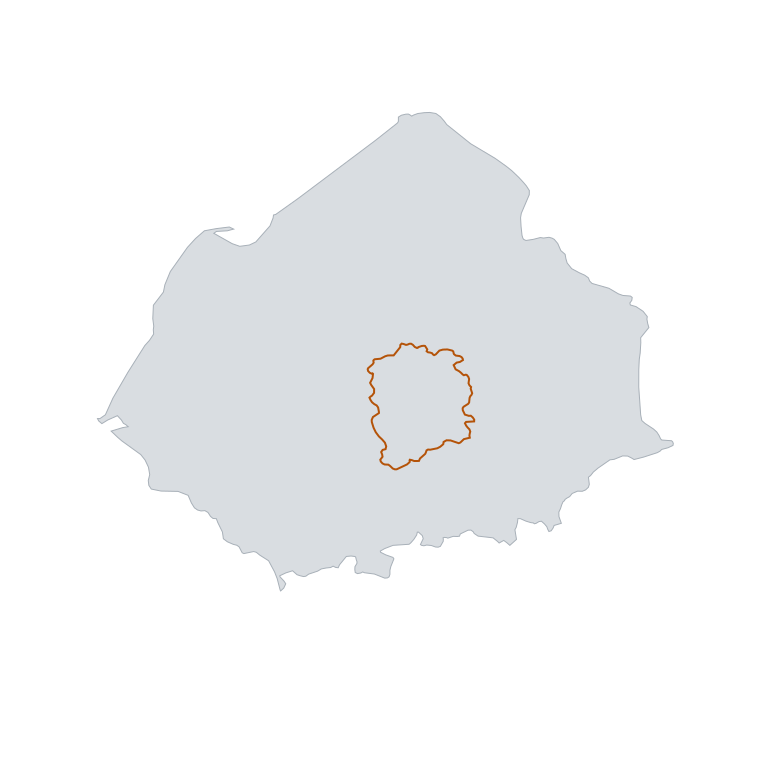 Łódź highlighted on a map of Poland, rotated 320°
{"feature_id": "POL-3147", "entity_name": "Łódź", "entity_type": "Voivodeship", "adm_level": 1, "iso_a3": "POL", "parent_name": "Poland", "parent_adm1": "", "projection": "mercator", "projection_center": [19.498, 51.569], "detail": "fine", "context": "in_parent", "style": "outline", "palette": "amber", "viewbox_px": 768, "rotation_deg": 320, "n_neighbors": 0, "source": "natural_earth", "source_scale": "10m", "svg_char_len": 5712}
<svg xmlns="http://www.w3.org/2000/svg" viewBox="0 0 768 768"><g transform="rotate(320 384 384)"><path d="M605.1,424.3L607.7,429.7L608.8,434.0L607.7,437.4L608.0,440.7L617.8,455.2L621.5,465.6L623.9,469.7L629.3,475.0L629.8,477.2L627.6,479.2L624.4,480.0L623.5,481.8L626.8,486.7L629.2,494.9L629.0,501.6L627.1,503.3L624.8,507.3L623.2,511.0L610.4,513.5L607.3,517.4L600.2,524.9L595.4,529.2L588.3,536.9L577.1,550.2L560.8,572.6L558.0,577.7L558.6,581.9L561.5,591.7L562.1,596.1L561.6,600.2L560.6,603.9L560.8,605.5L567.8,612.3L568.0,613.7L567.4,615.5L565.9,616.8L560.6,615.4L554.6,612.6L552.6,612.9L549.3,612.3L536.0,606.9L527.0,602.6L526.1,599.9L524.4,595.9L520.6,592.5L511.8,589.6L508.3,587.3L494.0,586.0L487.8,586.0L483.5,586.9L480.7,586.8L476.8,592.8L474.2,594.5L470.3,594.7L466.9,593.6L463.4,590.5L457.8,588.8L453.8,589.6L450.9,589.0L448.3,588.8L447.4,589.4L445.4,589.3L442.4,590.8L439.1,592.9L435.6,594.5L432.8,598.0L430.3,604.7L423.4,601.7L421.0,603.0L417.7,603.9L415.5,603.0L416.0,600.7L417.0,598.0L417.0,594.4L416.4,590.3L414.2,589.0L410.9,588.5L409.3,587.7L409.1,586.4L407.4,584.6L404.6,580.3L401.9,574.8L400.0,573.2L397.3,575.8L393.1,578.8L390.6,579.8L385.6,588.2L376.7,588.5L376.1,584.6L375.2,580.8L370.0,579.8L369.8,577.6L368.7,572.0L358.3,561.0L357.0,556.4L357.4,554.7L356.7,551.8L354.4,550.0L346.1,547.9L344.0,549.1L342.1,547.9L339.1,545.2L333.8,543.1L333.3,542.0L331.4,540.1L330.4,539.8L329.7,541.0L328.2,542.6L322.8,544.6L320.6,543.8L318.7,542.0L316.5,538.2L313.2,534.8L310.6,533.6L309.1,531.8L308.7,530.4L314.6,527.7L315.9,524.8L315.2,519.6L314.3,518.9L311.9,520.7L307.0,522.2L302.5,522.9L300.2,522.9L287.2,513.4L278.7,510.5L273.8,509.6L273.2,510.6L275.5,516.0L279.4,522.6L279.2,524.3L271.9,528.2L268.8,530.5L266.2,533.6L263.9,535.0L261.9,534.7L259.8,533.2L254.5,523.4L247.7,516.0L246.9,514.3L244.8,513.9L241.8,512.2L240.8,509.9L242.3,507.5L244.3,505.3L248.0,504.0L249.1,502.7L249.8,500.8L251.1,498.3L250.8,497.4L248.2,494.6L244.3,491.9L233.7,493.9L230.8,495.3L229.1,493.5L227.9,490.8L225.2,490.3L221.5,487.8L217.2,485.4L212.9,484.7L204.0,481.2L200.6,481.0L198.6,479.8L196.6,477.1L194.8,474.2L193.9,468.3L187.4,465.6L180.9,463.9L180.4,464.8L180.7,470.8L180.3,473.9L176.0,475.9L171.8,476.1L172.0,475.1L177.1,464.4L179.4,457.6L182.0,445.2L178.9,435.4L178.0,430.8L176.5,428.6L167.6,423.8L166.9,422.1L168.3,415.6L167.6,412.9L165.5,410.0L162.6,404.2L161.5,399.3L165.1,393.5L167.6,383.4L169.0,379.4L166.6,377.1L166.0,373.9L166.6,369.3L165.4,365.9L162.2,363.6L160.2,360.7L159.2,357.0L160.0,351.3L162.4,343.4L157.2,333.9L144.4,322.7L138.2,314.9L138.7,310.5L141.4,306.4L146.3,302.8L150.1,296.3L152.1,288.7L152.3,281.7L146.6,259.1L145.7,253.5L144.7,244.7L155.9,249.5L160.6,252.3L160.1,249.2L159.1,246.6L159.7,242.8L159.4,236.9L149.2,234.0L142.4,233.0L141.7,228.9L142.3,226.3L144.2,227.9L150.8,228.5L167.2,220.6L195.4,210.4L225.5,200.8L232.5,199.8L239.6,197.7L242.2,194.1L244.8,191.7L248.9,185.3L258.0,175.4L274.1,171.8L280.0,167.1L292.6,160.5L321.2,153.0L333.2,151.4L344.9,151.2L355.3,157.1L366.4,164.3L368.4,168.7L362.4,165.9L353.7,159.4L350.5,159.2L357.9,178.9L362.0,185.8L370.2,191.0L377.1,192.8L398.3,189.6L405.8,185.5L408.0,183.5L410.0,184.5L437.7,186.7L534.3,191.9L562.1,192.7L563.8,192.1L566.6,188.8L570.1,189.3L574.1,191.3L576.1,192.8L576.9,194.6L577.4,196.6L579.6,197.0L583.7,198.5L589.2,202.0L593.5,205.3L597.6,210.1L599.0,215.5L599.1,221.7L598.8,225.6L604.8,255.6L614.2,282.7L617.6,295.8L619.0,302.7L620.1,312.8L620.4,319.8L620.4,323.7L619.7,329.2L616.9,332.4L598.9,341.5L595.5,344.4L590.2,351.5L585.3,358.8L584.2,361.3L583.9,362.9L585.0,365.3L591.4,369.2L597.9,372.3L600.0,374.7L604.7,377.7L606.5,380.3L607.4,382.7L607.4,388.1L605.2,395.5L606.1,401.1L603.9,404.9L602.1,409.0L601.9,416.3L605.1,424.3Z" fill="#d9dde1" stroke="#a8b0b8" stroke-width="1"/><path d="M392.8,359.1L397.6,362.4L402.7,363.5L405.3,364.6L409.8,368.3L420.1,366.2L421.6,364.6L423.5,364.4L424.8,366.1L426.0,368.2L427.5,369.0L429.3,369.5L430.6,370.5L431.3,372.5L431.4,375.4L432.4,377.6L433.1,378.0L433.9,377.8L437.3,379.1L439.2,380.4L439.9,381.3L439.4,385.3L437.7,386.3L438.1,388.0L439.5,389.5L440.6,391.3L440.5,392.8L440.9,394.1L442.7,394.6L447.9,394.0L451.2,395.5L454.8,398.3L457.7,402.2L458.0,403.5L457.6,404.4L457.1,405.2L456.8,406.2L457.3,408.4L459.9,411.2L460.7,413.2L460.6,415.1L459.9,416.4L456.3,415.9L453.4,414.3L449.5,414.3L448.3,418.8L449.7,422.3L450.2,424.8L450.4,427.3L450.8,428.6L452.6,429.4L453.2,430.2L453.2,432.7L452.4,434.9L449.2,437.8L448.6,440.0L448.8,442.3L447.4,443.3L445.6,447.8L443.9,448.6L442.3,448.8L440.7,449.6L437.3,452.9L435.7,453.3L430.3,452.6L428.7,453.1L427.5,454.7L426.3,459.4L428.5,462.9L430.1,464.1L430.5,466.7L430.2,469.3L429.0,470.6L422.5,465.8L420.8,466.1L420.2,468.6L420.1,471.1L420.3,473.6L419.5,475.9L417.8,477.1L416.3,478.4L415.2,480.3L409.8,477.6L404.9,477.9L403.2,477.4L398.7,470.0L395.7,467.3L392.4,466.7L390.7,468.2L386.7,468.2L383.5,467.5L377.1,464.0L375.6,462.5L373.9,462.2L372.3,463.2L370.7,464.0L363.7,464.2L361.3,465.4L357.6,462.4L356.4,460.2L355.1,458.6L354.5,458.9L354.1,459.7L353.4,460.3L349.9,460.4L338.9,457.5L337.5,456.4L336.4,454.4L336.0,450.7L335.5,448.6L332.7,446.0L331.8,443.9L331.7,441.3L332.5,439.6L336.1,438.8L337.3,436.8L338.1,434.3L340.6,433.6L343.3,434.9L345.6,433.2L347.0,429.5L346.9,425.2L346.4,420.9L346.7,415.6L347.9,410.8L350.2,405.3L351.5,403.6L354.3,402.2L361.4,403.0L362.0,402.4L364.4,398.2L364.6,395.7L363.6,393.1L363.1,390.3L363.4,387.6L364.1,385.1L365.7,385.0L367.4,385.2L370.7,384.4L373.2,381.5L373.6,376.5L374.1,374.2L379.0,372.1L382.1,369.2L382.0,368.4L381.2,368.2L380.3,366.2L380.2,363.6L380.7,362.9L381.0,362.2L381.9,361.7L388.0,361.6L389.8,361.0L390.3,360.1L390.9,359.2L391.8,359.0L392.8,359.1Z" fill="none" stroke="#b45309" stroke-width="2"/></g></svg>